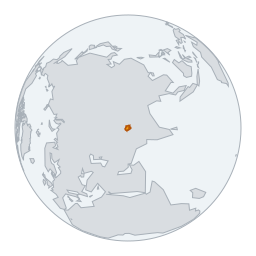 Himachal Pradesh highlighted on a globe, orthographic projection, rotated 279°
{"feature_id": "IND-2429", "entity_name": "Himachal Pradesh", "entity_type": "Union Territory", "adm_level": 1, "iso_a3": "IND", "parent_name": "India", "parent_adm1": "", "projection": "orthographic", "projection_center": [77.297, 31.808], "detail": "fine", "context": "on_globe", "style": "filled", "palette": "amber", "viewbox_px": 256, "rotation_deg": 279, "n_neighbors": 0, "source": "natural_earth", "source_scale": "10m", "svg_char_len": 11737}
<svg xmlns="http://www.w3.org/2000/svg" viewBox="0 0 256 256"><g transform="rotate(279 128 128)"><circle cx="128" cy="128" r="113" fill="#eef3f6" stroke="#a8b0b8"/><path d="M158.5,19.6L159.0,19.9L166.4,23.7L171.6,25.9L168.2,24.9L180.1,29.9L185.9,34.0L177.5,29.0L175.2,28.1L178.3,30.5L176.7,30.2L177.3,31.2L175.0,30.8L170.3,28.3L168.7,28.0L171.0,29.7L170.2,30.6L167.1,28.1L165.4,29.4L157.1,26.1L150.6,20.9L144.2,19.9L132.7,16.9L131.9,17.3L127.1,16.9L124.4,17.3L123.0,16.9L122.1,17.6L123.8,17.9L124.0,18.4L122.6,18.7L120.6,18.2L121.0,18.0L119.7,18.0L119.3,17.7L118.7,18.0L116.4,17.6L116.6,18.6L113.0,18.7L112.1,18.3L114.9,17.6L119.9,15.8L119.9,15.7L118.1,15.8L126.3,15.4L134.4,15.5L142.5,16.3L150.6,17.6L158.5,19.6ZM101.5,18.5L100.6,18.8L104.1,18.1L103.8,18.3L106.2,18.2L102.8,19.1L98.2,20.2L96.0,20.4L93.9,21.0L93.6,21.7L87.1,23.5L78.8,27.0L77.4,27.6L79.2,26.5L80.1,26.1L90.6,21.7L101.5,18.5ZM175.7,27.6L173.9,26.5L176.2,27.7L175.7,27.6ZM177.7,31.5L178.8,32.0L178.6,32.3L177.7,31.5ZM107.9,17.7L107.1,17.9L107.9,17.7ZM109.8,17.5L110.3,17.2L111.3,17.1L110.9,17.3L109.8,17.5ZM175.0,32.1L174.5,32.7L174.2,31.6L175.0,32.1ZM108.8,17.9L112.9,17.0L114.6,16.8L114.6,17.4L108.8,17.9ZM173.6,32.8L172.3,34.7L174.5,35.7L167.4,34.0L170.9,32.8L170.3,31.2L171.9,32.4L173.6,32.8ZM125.0,17.9L123.1,17.6L126.0,17.5L125.0,17.9ZM126.8,17.8L135.6,17.6L137.8,18.4L134.4,18.2L138.2,19.2L135.0,19.7L132.1,19.2L131.4,18.5L130.7,19.3L126.8,17.8ZM163.8,32.8L162.7,33.0L162.9,32.4L163.8,32.8ZM124.3,18.6L125.9,18.4L127.9,19.0L125.1,19.6L125.3,19.2L124.3,18.6ZM140.8,19.3L141.8,20.1L139.5,20.6L139.5,21.0L135.1,19.8L140.8,19.3ZM124.2,19.2L123.6,19.9L121.4,19.9L122.9,18.8L124.2,19.2ZM129.6,19.0L130.4,19.4L129.0,19.3L129.6,19.0ZM113.2,20.8L115.0,20.4L116.2,20.7L113.2,20.8ZM123.6,20.1L124.3,20.1L125.0,20.2L124.2,20.7L123.6,20.1ZM133.7,20.3L132.6,20.5L135.4,20.8L133.8,21.4L131.1,20.5L131.6,21.1L131.1,21.3L129.5,20.5L133.7,20.3ZM125.4,21.5L121.5,20.9L117.8,21.6L116.6,21.3L122.7,20.3L125.4,21.5ZM127.9,21.0L126.1,21.2L125.6,20.7L126.5,20.1L127.9,21.0ZM133.6,22.1L136.8,21.5L137.3,21.7L133.6,22.1ZM124.4,21.8L125.4,22.0L124.2,21.9L124.4,21.8ZM130.9,22.1L132.0,21.8L132.5,22.1L130.9,22.1ZM126.5,22.6L125.2,22.4L125.8,22.0L126.5,22.6ZM128.6,22.5L129.0,22.9L126.8,22.0L129.0,22.3L128.6,22.5ZM131.2,22.4L131.9,22.5L130.7,22.5L131.2,22.4ZM124.9,24.5L121.9,23.4L123.3,22.4L126.0,23.6L124.9,24.5ZM16.2,117.6L19.5,98.7L21.1,94.9L23.8,88.2L37.2,77.7L37.5,81.7L45.1,87.8L45.6,89.7L41.9,94.1L45.3,106.8L49.8,104.2L55.7,112.7L61.5,115.7L68.6,106.7L59.1,101.7L60.3,95.9L70.1,95.8L78.7,100.6L79.5,98.6L76.4,91.8L80.8,89.4L75.6,89.2L75.9,91.8L72.7,91.9L72.2,89.5L73.7,88.7L71.8,86.5L64.8,91.6L64.4,94.8L57.9,92.3L56.5,97.6L53.9,98.7L55.2,90.2L56.9,87.9L57.2,77.5L54.9,79.6L54.4,89.7L53.4,88.2L50.2,91.6L51.9,87.8L53.1,76.7L48.8,74.4L39.2,79.6L37.6,77.9L38.1,73.7L45.8,65.2L48.6,69.9L51.3,67.4L54.4,61.6L55.0,63.7L56.5,62.1L57.9,63.8L63.5,62.1L65.4,63.6L71.0,59.3L72.8,59.6L68.9,61.9L67.4,64.5L72.7,68.6L74.7,68.3L77.9,65.4L78.9,67.1L81.3,63.7L86.1,64.9L82.3,60.8L86.0,57.6L90.7,56.6L91.2,54.9L83.6,56.7L81.1,58.2L80.1,60.5L72.8,64.4L70.3,63.8L75.4,57.4L72.3,56.1L77.6,52.0L95.0,49.0L100.5,49.9L102.5,57.9L99.2,59.3L96.9,57.0L95.9,62.0L97.5,60.2L98.4,61.8L102.1,59.6L102.9,60.6L105.1,56.9L106.5,57.9L105.1,60.3L111.7,58.3L115.6,60.0L116.7,59.2L116.8,57.7L121.6,61.1L122.2,60.3L120.9,58.9L121.3,56.4L123.8,53.6L125.3,54.9L124.6,56.1L125.4,60.8L123.3,64.0L124.1,64.3L126.3,61.8L125.4,56.1L126.5,54.0L127.4,56.6L127.1,55.5L128.2,54.9L130.6,55.6L129.8,52.8L138.9,45.7L144.5,46.8L144.3,49.6L152.3,47.1L158.0,49.1L156.7,47.7L159.7,45.9L158.0,45.2L157.6,44.4L164.5,40.4L167.3,40.7L168.9,38.0L168.3,37.3L166.3,36.9L167.4,34.0L174.5,35.7L175.5,37.1L179.2,37.5L181.2,40.6L184.4,43.6L184.4,47.2L187.0,49.5L188.2,49.4L192.6,52.8L197.7,60.4L188.5,54.4L179.9,44.4L183.0,48.3L180.8,47.6L180.9,49.1L183.3,52.1L184.5,52.3L180.5,58.9L183.1,68.1L186.5,66.4L190.0,68.2L196.0,78.7L194.6,96.0L199.2,99.8L200.4,103.0L198.4,106.0L196.6,101.3L193.3,100.5L192.6,97.7L188.6,101.3L187.5,97.3L185.0,102.3L187.4,105.0L191.3,103.1L189.6,109.5L195.3,113.7L197.4,120.1L192.8,133.7L185.9,139.2L185.8,141.3L182.3,139.7L178.7,144.7L186.1,154.7L186.3,158.0L180.0,165.6L179.7,163.3L170.5,159.0L169.5,167.0L176.6,172.0L179.0,178.8L173.9,177.5L171.4,171.6L168.1,169.9L168.4,163.2L164.6,153.5L159.5,156.2L159.3,152.0L153.3,144.0L145.6,147.4L133.7,158.8L133.0,169.1L128.5,173.5L120.9,158.6L119.5,148.3L115.5,149.0L108.7,139.5L93.5,136.7L92.4,133.7L89.3,134.4L84.7,130.5L83.5,125.6L80.2,125.0L83.7,138.0L87.4,138.6L91.9,135.1L92.1,139.4L96.7,144.0L87.7,152.2L66.8,155.2L66.7,147.1L60.6,121.5L61.9,119.3L61.9,119.0L62.0,118.5L59.5,121.8L59.1,116.8L60.3,134.0L59.6,140.7L66.5,155.5L65.4,156.4L68.2,159.8L79.4,160.2L79.0,162.7L72.6,172.5L58.7,182.4L61.7,192.6L62.6,200.0L56.4,201.6L59.4,207.5L56.6,207.6L58.1,210.5L57.2,212.0L54.9,212.1L48.2,207.1L45.8,204.2L39.4,196.3L29.7,178.9L29.3,173.7L27.8,167.9L23.2,151.6L24.1,145.6L23.3,141.4L21.5,139.8L20.9,134.8L20.0,133.2L16.1,125.6L16.2,117.6ZM29.6,85.5L28.5,87.3L29.6,85.5ZM86.0,111.1L92.4,113.5L92.8,106.2L95.4,106.7L94.6,104.2L92.8,105.7L91.4,99.0L95.4,98.1L96.4,95.2L94.2,94.3L87.2,97.2L89.1,106.5L86.2,108.7L86.0,111.1ZM76.4,27.9L77.0,27.7L75.8,28.2L71.8,30.4L69.1,32.0L71.3,30.7L76.4,27.9ZM63.9,52.5L63.2,54.2L60.9,55.5L58.5,54.5L61.7,52.5L63.9,52.5ZM62.7,56.5L68.4,50.8L70.2,51.5L68.3,52.0L68.8,53.0L65.8,54.2L61.9,60.7L59.7,62.4L56.4,59.1L58.7,59.1L59.2,57.3L62.7,56.5ZM79.9,37.6L82.4,35.9L83.0,39.5L80.6,40.8L78.0,39.6L79.3,37.4L79.9,37.6ZM108.1,19.4L109.0,19.0L109.5,19.1L109.2,19.5L108.1,19.4ZM113.9,20.6L104.6,21.4L105.2,20.9L99.0,22.3L98.2,21.7L102.2,20.7L96.9,21.5L100.2,20.4L96.4,21.1L105.5,19.0L108.2,18.3L105.5,19.3L106.2,19.9L107.4,19.9L112.6,19.5L118.8,18.5L120.6,19.2L120.1,19.9L118.9,20.2L118.2,19.6L117.0,20.5L115.0,20.0L113.9,20.6ZM113.9,32.0L113.6,30.5L110.9,33.5L108.9,32.4L108.8,32.8L106.2,32.7L102.8,33.4L102.3,32.7L101.1,33.3L99.4,33.4L97.7,34.0L96.2,33.1L94.0,33.8L94.6,33.0L91.2,34.6L93.0,33.1L91.0,33.2L90.3,34.6L86.4,29.7L83.3,29.3L79.7,29.9L83.4,27.6L89.1,25.7L95.2,24.6L97.6,25.5L98.8,24.4L100.4,24.6L98.8,25.4L102.1,24.4L103.0,24.8L108.4,24.7L112.7,23.3L114.8,23.3L113.6,24.1L116.5,23.6L115.5,25.2L117.0,25.3L117.5,27.1L114.1,28.7L116.0,28.8L116.5,30.4L113.9,32.0ZM124.9,25.0L121.4,26.9L118.5,27.3L118.9,24.0L117.7,23.7L117.9,21.9L122.0,21.4L121.6,21.9L122.1,22.4L120.6,22.3L122.2,22.7L121.7,23.5L122.8,24.0L121.4,24.4L124.9,25.0ZM47.9,88.8L48.6,89.8L50.0,90.8L48.0,93.1L47.9,88.8ZM48.5,81.2L49.4,81.6L47.3,85.0L46.5,84.1L48.5,81.2ZM51.7,79.0L49.6,81.4L50.3,79.6L51.7,79.0ZM70.0,62.2L71.1,62.6L70.5,63.4L69.1,64.1L70.0,62.2ZM105.7,41.5L106.0,40.4L106.8,40.3L109.4,38.0L111.1,38.8L110.2,40.4L105.7,41.5ZM65.9,107.6L63.2,108.7L62.8,107.3L63.8,107.2L65.9,107.6ZM54.4,100.7L56.2,103.6L53.8,101.3L54.4,100.7ZM108.0,42.0L108.9,41.0L109.2,42.0L108.0,42.0ZM112.5,39.3L113.1,40.3L111.6,38.6L112.5,39.3ZM117.2,238.7L119.1,239.1L117.2,239.0L117.2,238.7ZM79.0,204.3L76.6,214.9L72.0,213.4L69.6,209.5L69.3,202.6L74.2,202.1L76.1,199.2L79.0,204.3ZM201.8,187.6L204.3,187.0L204.2,187.5L201.8,187.6ZM199.3,187.2L202.3,186.2L198.7,188.3L199.3,187.2ZM203.4,185.8L206.4,183.8L207.7,182.6L207.4,183.6L203.4,185.8ZM197.2,188.0L185.5,191.4L180.6,191.4L181.9,189.6L189.7,188.0L197.2,188.0ZM181.5,189.7L173.9,186.8L162.6,175.1L166.7,174.7L178.3,180.9L177.6,182.5L182.2,185.1L181.5,189.7ZM199.3,176.4L198.5,180.8L192.1,182.5L189.1,182.7L187.1,177.8L188.3,174.8L190.7,174.2L199.6,161.7L202.9,163.0L200.3,168.0L202.9,170.8L199.3,176.4ZM133.5,170.1L136.5,176.0L134.0,177.0L133.5,170.1ZM202.7,153.6L199.5,159.1L202.2,152.2L202.7,153.6ZM203.9,147.4L204.4,149.5L202.7,147.9L203.9,147.4ZM186.2,144.5L183.6,145.7L183.3,144.1L186.4,141.6L186.2,144.5ZM199.0,125.6L200.0,130.4L199.8,132.2L198.2,129.7L199.0,125.6ZM123.8,49.0L118.2,51.0L115.3,53.5L115.4,56.1L112.8,53.5L117.3,49.7L123.8,49.0ZM136.9,45.9L136.7,43.9L138.4,44.4L138.6,44.9L136.9,45.9ZM135.7,45.0L132.5,43.3L133.5,41.9L135.8,43.5L135.7,45.0ZM120.1,42.2L118.3,42.7L118.1,41.8L120.1,42.2ZM208.0,207.2L209.2,205.9L207.3,207.8L210.3,204.5L206.9,208.1L207.5,206.8L205.7,207.7L188.2,219.8L185.0,220.6L187.3,218.3L187.5,213.2L188.7,213.0L189.8,208.7L201.1,200.8L209.6,189.7L214.1,187.8L218.6,179.8L222.7,177.4L220.5,183.0L223.5,182.9L228.5,170.2L227.5,179.1L227.8,180.1L227.1,181.5L223.0,188.5L218.5,195.1L213.5,201.3L208.0,207.2ZM208.0,185.5L211.6,180.8L213.4,179.7L208.0,185.5ZM238.3,151.0L238.1,151.8L238.2,151.1L238.3,151.0ZM238.5,150.0L238.6,149.5L238.7,148.7L238.5,149.9L238.5,150.0ZM238.4,149.3L238.5,149.8L238.3,149.7L238.4,149.3ZM238.1,150.2L237.9,150.3L237.9,150.0L238.1,150.2ZM232.9,159.7L234.1,162.3L232.6,164.2L231.1,163.3L229.0,168.0L224.8,171.1L226.1,168.4L225.7,166.0L220.8,168.2L219.8,167.0L221.7,164.5L218.2,165.1L222.1,161.9L223.5,164.9L225.6,160.4L228.9,158.6L231.7,157.3L233.5,158.0L232.9,159.7ZM221.7,170.6L222.4,170.1L221.7,171.7L221.7,170.6ZM237.4,149.7L237.7,150.4L237.6,151.0L237.4,151.3L237.4,149.7ZM234.0,156.8L236.1,151.0L236.5,150.5L235.0,155.8L234.0,156.8ZM235.8,149.6L236.6,148.8L236.9,150.0L236.7,150.7L235.8,149.6ZM213.8,171.6L213.6,172.7L212.5,172.4L213.8,171.6ZM215.2,170.2L218.4,169.6L214.9,171.3L215.2,170.2ZM204.7,171.1L205.7,173.3L209.1,170.2L206.5,173.7L208.6,177.0L207.7,178.9L205.7,175.3L204.7,180.3L203.1,180.9L202.5,177.1L204.1,171.5L205.6,168.8L211.6,165.4L204.7,171.1ZM215.3,167.0L214.4,164.4L215.0,162.0L216.0,163.1L215.3,167.0ZM211.4,158.2L208.7,155.6L206.5,157.9L210.6,150.8L212.6,154.5L211.4,158.2ZM208.6,151.0L206.6,153.2L208.5,149.2L208.6,151.0ZM205.9,152.1L205.4,149.6L207.1,149.3L205.9,152.1ZM209.8,150.6L209.6,146.1L210.8,148.3L209.8,150.6ZM203.8,144.1L208.1,146.9L203.0,147.0L201.4,138.5L203.5,137.5L203.8,144.1ZM206.3,104.4L205.0,102.2L206.5,100.8L207.0,102.7L206.3,104.4ZM210.0,95.0L206.4,99.7L203.4,103.8L205.0,104.4L205.5,109.0L202.3,105.9L203.5,100.0L206.1,97.7L205.1,94.0L206.2,90.6L204.0,86.5L204.0,84.2L206.9,87.3L210.0,95.0ZM202.9,84.9L199.3,77.5L202.7,76.9L204.2,78.4L204.4,82.0L202.6,82.0L202.9,84.9ZM199.4,75.6L197.7,75.6L188.7,66.6L187.6,64.6L196.2,70.8L195.0,71.2L196.6,73.7L199.4,75.6ZM163.8,33.6L162.8,33.1L164.1,33.3L163.8,33.6ZM156.6,44.1L156.3,43.1L157.8,43.2L156.6,44.1ZM156.3,40.4L154.9,41.0L155.8,39.9L156.3,40.4ZM151.7,42.3L154.0,40.9L152.7,43.1L151.7,42.3Z" fill="#d9dde1" stroke="#a8b0b8" stroke-width="1"/><path d="M129.8,126.6L129.9,126.8L129.9,127.1L130.0,127.2L130.1,127.3L130.3,127.5L130.4,127.8L130.3,128.0L130.4,128.3L130.5,128.3L130.4,128.6L130.5,128.7L130.5,128.8L130.4,128.8L130.4,129.0L130.5,129.0L130.8,129.1L130.9,129.3L130.6,129.3L130.6,129.2L130.4,129.2L130.2,129.1L129.9,129.1L129.7,129.0L129.4,129.2L129.2,129.2L129.2,129.3L129.1,129.2L129.1,129.3L128.9,129.5L128.8,129.8L128.7,129.9L128.7,130.0L128.8,130.2L128.8,130.3L128.8,130.5L128.7,130.7L128.5,130.8L128.4,130.8L128.4,130.7L128.2,130.7L128.3,130.7L128.2,130.7L127.9,130.6L127.7,130.5L127.7,130.4L127.8,130.2L127.7,130.2L127.4,129.9L127.2,129.8L127.2,129.7L127.1,129.8L127.0,129.7L126.9,129.6L126.8,129.4L126.8,129.2L126.7,129.1L126.5,128.9L126.4,128.7L126.4,128.8L126.3,129.0L126.2,129.0L126.1,128.9L126.0,128.7L125.9,128.5L125.7,128.0L125.7,127.9L125.8,127.9L125.7,127.8L125.7,127.7L125.4,127.5L125.2,127.5L125.1,127.4L125.3,127.3L125.3,127.2L125.2,127.2L125.3,127.1L125.5,126.9L125.6,126.6L125.7,126.4L125.7,126.2L125.6,125.9L125.8,125.8L125.9,125.7L126.0,125.6L126.3,125.5L126.3,125.4L126.5,125.3L126.7,125.2L126.8,125.2L126.9,125.3L127.1,125.3L127.3,125.4L127.4,125.5L127.5,125.6L127.7,125.8L127.9,125.8L128.1,125.9L128.3,125.8L128.5,125.8L128.5,125.7L128.8,125.7L128.9,125.8L129.0,126.0L129.1,126.3L129.3,126.4L129.5,126.3L129.6,126.2L129.8,126.1L129.8,126.3L129.7,126.4L129.7,126.5L129.8,126.6L129.8,126.6Z" fill="#f59e0b" stroke="#b45309" stroke-width="1.5"/></g></svg>